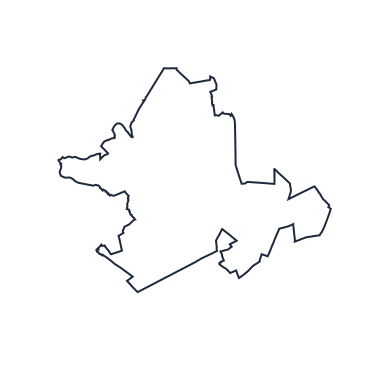 outline of Nopalucan, Puebla, Mexico, rotated 113°
{"feature_id": "50627088B31186547643860", "entity_name": "Nopalucan", "entity_type": "district", "adm_level": 2, "iso_a3": "MEX", "parent_name": "Mexico", "parent_adm1": "Puebla", "projection": "mercator", "projection_center": [-97.825, 19.193], "detail": "fine", "context": "isolated", "style": "outline", "palette": "slate", "viewbox_px": 384, "rotation_deg": 113, "n_neighbors": 0, "source": "geoboundaries", "source_scale": "gbopen_adm2", "svg_char_len": 5935}
<svg xmlns="http://www.w3.org/2000/svg" viewBox="0 0 384 384"><g transform="rotate(113 192 192)"><path d="M246.9,139.1L247.9,138.5L248.1,137.6L248.5,135.6L249.0,133.8L249.0,133.5L249.2,131.5L249.3,131.3L249.8,129.3L251.7,125.3L247.0,120.7L250.0,118.0L252.5,115.4L252.8,115.1L247.0,111.6L245.7,111.0L244.9,110.5L244.1,110.1L240.6,108.6L240.3,108.6L239.9,108.5L237.4,107.5L235.9,106.8L231.5,103.8L229.4,102.5L229.2,102.6L228.6,103.0L225.1,103.3L222.1,103.6L221.8,100.6L221.6,97.2L215.6,97.1L209.8,97.3L207.4,97.2L206.2,97.3L199.1,97.4L194.3,97.3L191.7,97.3L185.6,89.5L182.0,86.3L182.3,86.2L188.6,82.7L196.6,78.2L197.5,78.0L193.8,74.0L193.4,73.7L193.1,73.6L191.6,71.8L190.3,70.5L188.9,68.9L187.7,67.0L186.8,65.4L184.6,62.0L182.8,59.0L182.4,58.2L182.0,57.6L180.4,57.5L177.7,56.8L171.8,56.6L166.6,56.8L158.6,57.2L153.2,57.7L152.6,60.6L150.8,60.3L150.5,60.5L150.5,60.3L148.8,64.8L148.0,66.5L147.8,67.4L147.6,68.2L145.5,71.2L144.4,72.6L143.8,73.2L143.4,74.3L141.2,77.4L139.0,81.4L139.3,81.8L149.8,90.9L160.9,100.4L154.1,101.0L152.8,101.3L151.1,101.9L147.7,104.2L145.9,105.2L142.7,113.8L140.8,119.4L139.6,122.2L138.7,124.8L138.7,125.1L138.9,125.2L139.2,124.9L139.5,124.9L140.2,124.5L140.5,124.4L141.0,124.0L141.4,124.0L142.5,123.3L142.8,123.3L143.8,122.9L144.7,122.4L144.9,122.5L145.0,122.5L145.1,122.4L145.1,122.2L145.9,122.0L146.3,121.8L147.4,121.3L152.3,119.3L152.4,119.5L156.3,131.1L161.1,145.0L163.3,146.3L164.1,147.8L165.0,149.5L160.7,153.4L150.0,162.5L143.2,165.4L116.6,177.2L111.6,179.5L109.5,180.7L108.0,181.9L107.0,182.9L105.6,184.7L104.9,185.8L105.5,185.7L106.0,185.6L106.3,185.7L106.9,186.1L106.5,186.8L105.8,187.1L105.6,187.8L105.8,188.2L106.0,188.9L106.3,189.4L106.3,189.9L107.5,193.3L106.7,194.9L111.4,197.1L111.5,198.2L111.6,199.1L112.6,200.9L106.5,204.5L103.5,206.2L103.7,206.5L104.0,206.7L104.2,206.9L103.8,207.1L103.2,207.7L102.6,208.3L102.1,208.4L101.7,208.5L100.4,209.1L96.9,211.1L96.5,210.7L95.5,211.4L93.7,213.2L92.7,214.3L88.1,209.7L83.6,211.4L78.7,216.4L78.6,220.4L81.1,219.2L81.8,219.2L82.3,219.8L83.6,222.1L86.8,226.9L89.1,230.6L90.2,232.0L90.7,233.2L91.3,234.1L92.9,236.2L92.5,236.6L91.1,238.5L85.5,253.9L84.1,254.5L85.8,258.5L87.6,262.3L88.3,264.0L88.9,266.1L122.1,271.2L122.8,271.6L125.3,271.2L126.1,271.5L126.8,272.8L127.6,271.8L136.2,273.3L148.3,273.9L148.6,273.5L150.5,274.2L151.4,274.7L151.8,274.7L154.3,274.6L155.7,274.4L156.1,274.3L157.5,273.0L159.9,271.2L160.3,271.0L161.3,270.6L162.9,269.7L163.4,269.2L164.0,268.5L164.3,268.2L164.5,268.1L164.8,268.1L164.9,269.4L164.9,269.6L163.7,271.7L163.0,273.1L162.0,274.5L161.3,276.7L160.4,277.7L160.1,278.2L159.4,279.2L157.7,282.0L157.2,283.9L157.2,285.2L157.3,285.9L158.5,288.0L160.1,288.6L161.2,289.2L164.0,289.5L166.0,289.6L166.9,288.2L168.2,287.0L169.0,285.9L169.8,285.2L170.9,285.3L171.6,284.4L172.7,284.4L173.5,286.0L174.2,287.0L175.5,288.2L176.3,288.7L176.7,289.0L177.0,289.4L177.0,290.1L177.7,290.4L179.0,291.9L180.1,292.6L181.0,292.7L182.2,293.2L183.6,293.2L185.0,293.4L185.3,293.6L185.4,293.3L185.8,292.7L186.3,291.5L187.7,287.9L188.3,286.8L188.8,285.4L189.3,284.3L190.4,284.7L191.3,285.9L192.6,287.1L193.9,287.8L197.7,289.3L195.4,290.2L194.3,291.1L192.5,291.4L192.6,291.7L193.1,292.6L194.4,294.5L195.5,295.6L196.7,296.5L197.4,297.7L198.4,299.0L200.0,300.3L201.8,301.2L202.9,302.3L203.7,303.2L204.4,304.7L204.7,306.0L205.1,307.3L205.3,309.5L205.3,312.0L205.2,312.9L205.8,313.9L206.5,314.9L206.9,315.5L207.1,316.2L207.2,317.7L207.4,319.2L210.5,322.4L210.9,322.8L210.5,324.1L210.4,324.8L210.6,324.9L212.5,325.3L213.2,325.5L213.4,325.7L214.0,326.9L214.9,327.4L216.5,325.2L216.6,324.9L216.9,323.6L218.2,323.8L218.3,323.1L218.5,322.9L219.3,322.4L220.9,321.9L224.8,321.7L225.4,321.5L226.2,321.0L227.7,319.7L228.4,318.6L228.4,315.5L228.3,314.2L227.4,312.3L226.5,310.3L226.5,310.0L226.4,309.6L226.4,308.8L226.6,307.0L226.7,306.4L227.3,305.1L227.6,304.1L227.8,302.4L227.9,300.2L224.9,286.0L224.6,285.2L223.2,283.7L223.0,283.1L222.8,281.6L222.5,280.7L223.0,279.9L223.3,278.8L223.6,278.3L224.0,278.0L224.4,278.0L224.5,276.8L225.7,274.9L224.9,274.0L224.5,274.1L224.8,271.7L225.4,271.6L225.4,271.1L225.5,270.4L226.5,268.9L225.9,268.9L227.4,266.2L226.8,265.5L226.4,265.8L226.1,262.5L217.7,254.2L218.4,253.1L219.5,250.9L220.4,248.6L221.3,248.8L223.2,248.5L223.3,247.7L224.7,247.4L224.8,247.2L225.2,247.3L226.1,247.2L226.6,247.1L227.7,247.0L228.0,246.9L229.2,246.8L229.7,246.2L230.2,245.9L230.5,245.8L231.4,245.7L233.2,245.4L233.2,245.2L233.0,244.2L232.8,243.8L232.8,243.6L232.8,243.4L232.9,243.2L233.6,242.4L234.4,242.2L234.7,241.9L234.6,241.6L234.4,241.6L234.8,241.2L235.2,241.1L236.2,240.3L236.4,240.2L236.9,239.6L236.6,238.8L236.7,238.4L237.7,237.8L238.3,236.4L238.4,235.2L239.2,234.5L239.6,233.7L240.2,234.5L242.4,235.4L246.4,237.2L250.1,240.3L250.7,240.7L251.7,240.3L252.2,240.3L253.4,240.6L253.8,240.7L254.7,240.4L255.0,240.4L255.5,240.2L256.5,239.1L261.1,242.5L262.3,241.4L273.4,233.6L275.4,235.8L281.0,242.3L279.3,245.1L279.0,245.2L278.0,247.0L277.4,248.3L276.0,251.0L275.5,251.0L275.3,251.3L276.8,253.7L275.9,254.9L280.7,256.3L281.5,255.6L281.8,255.7L280.9,256.7L282.8,257.4L283.7,256.5L284.0,256.0L284.2,255.9L284.1,254.5L285.1,253.4L285.2,252.7L285.1,252.1L284.9,252.0L285.0,251.4L285.4,249.9L284.7,249.8L285.1,247.9L285.2,247.2L286.0,243.2L287.8,237.0L288.5,234.6L289.6,228.1L293.1,213.5L299.2,217.1L303.0,208.8L305.4,203.0L301.5,199.7L280.4,182.3L277.4,179.8L254.8,161.2L253.8,160.6L251.0,158.4L249.7,157.6L246.0,154.2L242.4,151.1L241.9,150.5L237.8,147.1L236.4,145.9L235.9,146.4L235.0,147.0L233.9,147.4L233.3,147.6L227.4,150.9L226.0,150.8L223.2,150.6L221.8,150.3L218.8,150.1L214.4,149.8L214.6,148.5L214.8,148.2L215.1,147.0L215.3,146.0L215.5,145.7L215.7,144.7L215.8,144.5L215.8,144.2L216.3,142.4L219.4,131.9L221.5,133.6L225.4,136.8L226.9,134.1L228.0,134.8L230.7,136.2L235.6,142.5L236.2,141.9L236.8,141.2L237.4,140.4L237.9,139.8L238.9,139.6L239.7,138.8L242.7,135.9L245.1,138.3L245.5,137.8L246.9,139.1Z" fill="none" stroke="#1e293b" stroke-width="2"/></g></svg>